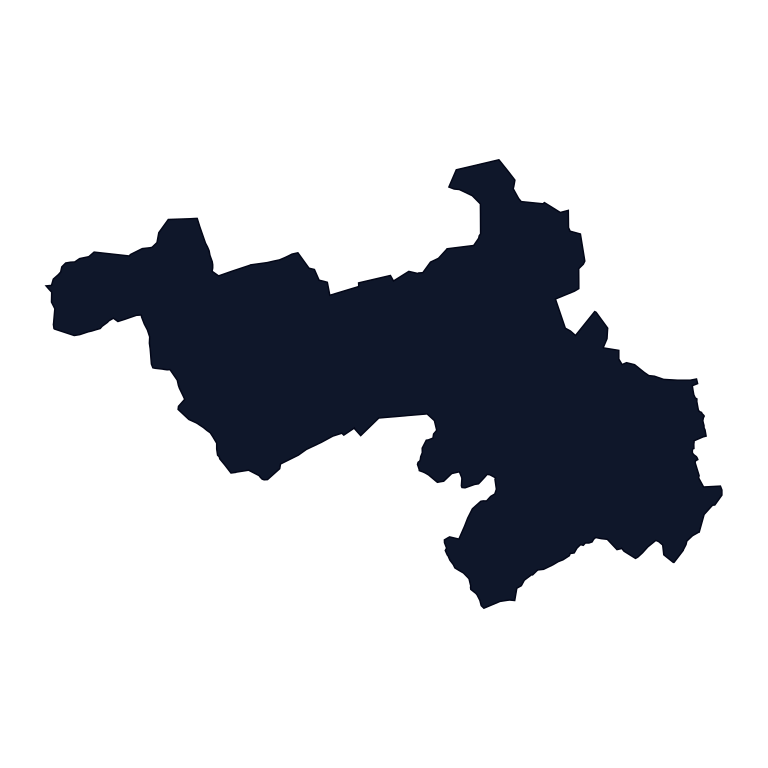 the district of Katagum, Bauchi, Nigeria
{"feature_id": "59680162B44758551949173", "entity_name": "Katagum", "entity_type": "district", "adm_level": 2, "iso_a3": "NGA", "parent_name": "Nigeria", "parent_adm1": "Bauchi", "projection": "orthographic", "projection_center": [10.335, 11.656], "detail": "fine", "context": "isolated", "style": "filled", "palette": "ink", "viewbox_px": 768, "rotation_deg": 0, "n_neighbors": 0, "source": "geoboundaries", "source_scale": "gbopen_adm2", "svg_char_len": 4857}
<svg xmlns="http://www.w3.org/2000/svg" viewBox="0 0 768 768"><path d="M654.4,376.2L648.8,375.6L644.2,372.4L634.6,364.7L626.5,362.7L622.1,364.6L618.8,359.1L618.8,350.4L603.5,347.9L603.3,347.4L607.0,338.7L607.6,328.6L607.7,328.2L596.1,312.3L594.7,311.6L575.5,335.5L570.4,331.0L565.3,328.2L555.4,299.0L574.4,291.2L578.8,288.6L578.8,284.5L578.7,268.7L583.3,264.2L584.8,261.1L580.4,234.0L570.1,231.2L568.5,227.6L568.3,210.4L560.3,212.5L544.4,202.6L543.0,203.8L521.1,201.6L520.9,201.2L518.6,198.5L513.2,188.7L513.8,186.3L514.9,180.1L507.8,170.9L498.9,159.8L456.3,169.8L448.9,187.0L454.1,189.0L459.3,189.5L472.3,195.7L480.4,203.9L480.5,214.6L480.6,233.8L479.2,235.8L478.7,238.2L473.7,245.5L447.0,248.8L446.9,249.1L438.5,258.3L435.0,260.0L430.5,262.1L427.9,265.7L422.8,272.7L418.5,273.0L417.8,273.5L408.8,271.4L393.5,281.0L391.2,276.9L390.4,275.5L358.6,282.9L358.7,284.6L358.7,286.6L357.9,286.8L329.8,295.3L327.5,283.3L327.3,282.3L324.1,281.4L319.1,280.2L318.3,278.4L314.4,269.5L309.0,268.2L297.9,252.8L292.0,254.1L288.9,255.7L284.9,257.6L279.5,259.9L273.3,261.2L267.3,262.6L250.5,264.9L249.8,265.3L232.0,271.2L218.6,275.9L212.1,271.3L212.7,268.0L212.7,264.7L212.2,261.6L211.0,258.3L209.9,255.2L209.1,250.8L207.5,247.0L205.5,243.2L199.7,226.5L197.2,218.4L196.6,218.4L189.1,218.8L168.3,219.5L159.0,232.4L158.8,232.7L157.0,242.6L152.2,247.2L151.3,247.5L149.7,247.8L142.3,248.6L130.3,254.6L129.4,256.0L94.1,252.1L88.8,256.7L79.6,258.6L74.7,262.0L70.5,262.2L65.7,263.0L61.8,266.9L60.7,272.0L58.4,274.6L53.3,279.1L51.5,285.4L46.1,285.9L49.5,289.8L51.7,292.1L51.5,302.1L54.9,308.8L54.7,310.3L53.6,323.2L53.4,324.4L54.0,328.6L54.5,329.0L74.2,335.5L79.8,334.6L88.2,331.8L91.8,331.0L93.4,330.5L96.0,329.7L100.2,328.5L102.0,326.4L102.2,326.2L107.5,322.3L108.7,320.9L113.4,318.2L117.9,321.5L124.8,319.3L129.4,317.7L136.4,315.3L140.9,315.0L141.5,315.6L141.5,316.7L144.3,324.0L147.4,329.9L149.7,336.9L149.4,343.2L150.2,348.8L150.6,353.8L151.4,364.0L152.9,367.8L155.4,368.3L159.1,368.7L162.7,369.1L164.1,369.4L167.1,369.8L170.0,369.6L177.3,380.2L178.4,385.3L179.4,388.2L183.1,395.8L184.7,399.3L178.5,406.3L178.1,409.4L188.9,419.5L196.4,422.9L203.4,427.5L206.9,430.4L210.3,432.8L212.9,436.8L216.7,443.2L216.7,449.0L217.6,455.2L219.2,456.7L219.8,458.9L224.6,464.7L231.0,473.0L235.7,472.4L236.3,472.1L248.6,470.2L258.5,475.3L259.2,475.7L260.1,477.0L262.1,479.1L264.1,479.8L267.5,479.6L279.7,468.7L280.5,464.0L298.4,455.1L306.4,449.4L321.4,442.3L332.8,436.1L341.9,433.2L343.8,435.1L354.2,428.1L354.2,428.3L360.7,435.6L378.8,418.0L388.0,417.2L395.5,416.6L402.2,416.0L403.8,415.9L405.7,415.7L407.6,415.5L410.2,415.3L427.1,413.9L434.4,420.6L436.6,429.8L436.4,430.7L433.6,434.0L433.0,437.9L432.7,438.2L428.4,439.9L426.3,440.2L422.5,447.6L422.2,448.1L422.3,452.7L420.7,456.7L420.3,459.7L419.7,461.1L418.1,462.3L417.5,464.4L419.1,469.1L419.3,470.6L423.2,472.0L425.3,473.0L428.7,475.0L430.3,476.4L433.8,479.3L435.2,480.5L437.4,482.3L440.0,481.8L443.7,481.2L451.0,474.2L451.8,473.5L459.3,471.8L459.9,473.0L461.6,477.2L461.9,478.6L461.4,485.8L461.8,487.1L462.0,487.5L465.1,487.8L474.7,484.4L478.5,483.8L481.2,481.0L484.7,477.2L487.1,474.4L489.4,474.7L490.0,474.8L495.5,477.8L495.0,479.4L496.4,489.2L494.8,494.0L490.7,496.4L486.5,501.0L483.2,500.9L480.8,501.3L472.4,508.8L467.7,518.1L464.6,526.1L458.9,539.1L449.6,536.9L447.8,537.9L444.4,539.9L444.5,542.7L446.6,548.1L445.3,550.5L447.3,555.0L448.1,555.9L449.9,560.1L453.3,564.6L454.9,567.9L459.0,570.4L463.5,573.0L469.0,578.7L470.8,586.1L470.5,587.1L470.8,589.4L475.9,593.4L477.1,594.9L479.9,600.4L481.2,605.5L481.3,605.7L483.9,608.2L500.0,601.4L506.6,600.4L509.5,600.0L514.7,600.5L516.8,588.2L521.3,585.7L524.3,580.2L531.4,574.8L532.6,574.9L537.1,570.5L538.1,569.9L543.6,569.3L553.1,564.7L558.1,561.7L560.1,560.9L563.0,559.8L569.3,555.7L570.3,553.3L571.8,553.3L574.2,552.9L576.9,548.2L578.6,546.5L580.6,544.6L583.3,545.3L585.3,543.0L588.9,543.0L592.1,541.9L593.6,539.3L595.7,537.5L601.1,538.6L607.3,539.3L617.0,549.6L620.9,548.7L621.6,548.2L624.0,551.2L635.5,558.4L637.8,557.1L642.5,552.8L647.8,546.9L655.8,540.4L658.6,541.5L662.7,545.0L663.8,554.8L673.3,562.4L674.0,562.4L683.2,550.4L683.1,550.2L686.0,544.6L686.8,541.1L692.5,535.7L698.8,532.1L699.2,532.1L704.1,514.5L712.5,505.2L714.8,505.0L721.9,495.1L721.9,490.7L721.9,490.0L720.4,486.1L703.6,487.0L698.6,477.9L699.1,475.6L695.1,462.6L695.6,460.7L697.8,459.6L697.3,458.2L696.4,456.7L693.9,454.8L692.5,453.2L692.3,450.9L692.7,448.9L693.9,448.5L693.8,444.1L694.1,441.9L693.8,440.9L703.0,436.9L706.1,436.1L705.0,429.8L704.1,428.0L704.0,426.9L704.0,425.5L703.4,423.4L702.8,420.7L703.0,419.7L703.4,417.6L704.1,416.5L704.0,415.6L702.1,413.7L701.5,412.4L700.5,412.1L699.1,411.2L698.3,409.8L696.8,401.5L696.9,398.9L695.3,398.0L693.8,394.8L693.0,390.3L692.3,385.7L697.6,383.6L696.5,379.0L690.3,380.2L677.4,380.2L663.6,379.4L654.4,376.2Z" fill="#0f172a" stroke="#020617" stroke-width="1.5"/></svg>